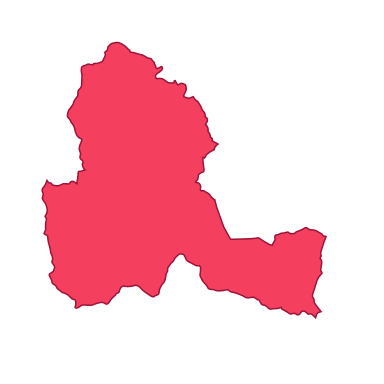 Don Duong, Lâm Đồng, Vietnam (Mercator projection), rotated 100°
{"feature_id": "81297802B74216529473028", "entity_name": "Don Duong", "entity_type": "district", "adm_level": 2, "iso_a3": "VNM", "parent_name": "Vietnam", "parent_adm1": "Lâm Đồng", "projection": "mercator", "projection_center": [108.553, 11.806], "detail": "fine", "context": "isolated", "style": "filled", "palette": "rose", "viewbox_px": 384, "rotation_deg": 100, "n_neighbors": 0, "source": "geoboundaries", "source_scale": "gbopen_adm2", "svg_char_len": 5999}
<svg xmlns="http://www.w3.org/2000/svg" viewBox="0 0 384 384"><g transform="rotate(100 192 192)"><path d="M294.4,48.5L291.0,48.0L290.0,47.7L289.1,47.0L288.5,46.3L287.4,44.1L283.4,48.7L279.9,52.3L276.4,53.3L275.6,53.9L274.8,54.7L274.0,55.2L272.8,55.4L271.5,55.4L265.3,54.5L257.6,53.6L253.7,52.4L249.6,50.0L249.0,50.0L248.5,50.2L247.4,51.3L245.6,51.8L239.5,51.9L237.5,52.3L236.4,53.0L235.4,54.3L234.3,54.2L233.0,53.7L232.3,53.7L230.1,54.7L227.9,54.6L218.7,53.4L212.6,52.2L212.4,53.0L212.6,54.8L210.7,57.1L208.5,63.3L208.3,66.0L208.7,68.9L208.6,69.8L208.2,70.9L207.4,72.5L207.3,73.5L207.9,74.9L209.8,76.9L213.3,82.6L214.6,83.5L215.2,84.4L215.6,85.5L215.9,87.9L215.6,88.9L215.1,89.8L214.9,90.5L215.0,91.3L216.5,94.6L217.1,97.0L219.1,99.8L219.7,101.7L220.5,102.5L221.7,102.7L223.8,102.0L225.1,102.0L228.9,103.4L229.8,103.7L230.6,103.7L230.3,106.5L228.1,112.6L225.7,118.1L225.6,118.7L227.1,123.3L228.3,128.3L231.7,144.7L231.6,146.1L221.2,154.5L203.2,164.8L195.6,168.3L195.9,168.7L193.1,172.7L191.4,174.2L190.3,176.3L189.9,177.7L188.7,180.5L188.8,181.7L189.2,182.9L189.1,183.7L188.5,184.1L185.1,184.4L183.1,185.5L182.1,186.7L181.8,190.2L180.8,189.8L178.8,188.6L177.7,188.5L174.1,188.6L172.7,187.8L171.4,186.4L170.5,184.7L169.8,184.1L168.4,183.9L159.7,186.6L156.0,187.2L156.4,185.8L154.9,184.8L153.1,184.6L149.6,181.5L146.3,177.4L145.8,177.5L143.9,177.2L141.3,175.7L140.3,174.7L138.0,181.2L137.1,181.0L135.8,181.4L134.8,183.0L134.2,183.5L132.4,184.2L131.0,185.2L129.4,186.8L127.1,187.1L126.2,187.5L124.2,188.9L123.6,189.8L123.6,190.3L122.6,190.3L119.8,189.2L118.0,189.4L117.2,189.7L116.3,190.6L115.7,191.9L113.3,192.6L112.1,193.3L111.2,194.1L109.4,196.2L106.3,198.0L102.3,201.6L101.6,202.7L100.5,204.9L97.9,207.4L100.3,211.2L100.0,214.4L99.6,216.6L98.0,216.9L94.0,215.7L91.9,215.5L91.2,215.6L88.1,216.7L87.5,217.2L86.8,220.2L86.7,221.1L87.2,222.3L88.8,224.0L88.9,224.6L88.1,225.7L85.2,227.9L85.3,228.2L86.0,228.9L87.9,228.8L88.5,234.1L88.3,234.9L86.1,239.4L85.7,240.7L85.6,242.3L85.9,244.3L86.6,246.3L85.0,248.0L83.7,248.2L82.3,247.5L80.9,246.4L79.0,244.4L77.2,243.1L76.3,242.6L75.1,242.6L73.8,243.4L73.9,244.2L75.7,246.3L76.3,247.5L76.3,248.5L76.1,249.0L75.7,249.3L74.3,249.6L72.4,251.3L71.1,251.5L70.3,252.8L67.8,255.6L67.7,258.8L65.5,264.9L65.6,267.2L64.9,273.3L64.9,277.1L64.7,277.4L63.4,277.8L62.2,280.0L60.2,282.8L59.4,284.4L58.1,287.8L57.6,290.5L57.9,292.4L59.3,296.2L60.8,298.1L63.6,299.9L66.3,300.0L67.3,300.2L69.3,302.0L69.8,302.1L71.3,301.3L73.0,301.2L78.6,302.7L79.3,303.2L81.7,307.3L82.5,311.0L82.9,311.3L83.6,311.4L83.9,311.8L84.1,314.0L84.0,315.7L84.3,317.1L86.0,319.2L86.7,320.8L87.4,321.8L87.9,322.2L88.8,322.4L91.2,322.2L92.5,321.9L95.6,320.8L97.2,320.4L106.0,319.3L107.6,319.3L109.7,320.3L110.9,321.2L112.0,321.7L113.3,321.7L116.2,321.3L117.5,321.3L121.1,323.2L123.6,324.1L126.1,324.3L126.9,324.6L129.4,325.9L130.8,326.4L131.3,326.9L132.7,327.6L136.0,328.1L138.3,328.0L139.5,327.6L140.2,327.0L141.0,325.9L142.4,324.4L144.2,323.2L146.5,320.8L147.7,319.8L149.0,319.0L153.2,317.2L156.4,315.1L157.7,313.4L158.3,312.3L159.1,309.9L159.7,309.5L160.8,309.6L165.5,310.6L168.4,310.7L169.5,310.5L173.4,308.4L177.4,308.4L178.0,308.1L179.2,307.0L179.6,306.4L179.9,305.4L180.5,304.8L181.6,304.5L183.7,304.8L185.0,304.5L187.5,302.9L188.9,301.2L191.0,305.3L191.4,307.0L192.0,307.4L193.4,307.5L195.3,307.0L197.1,307.2L198.5,306.8L200.8,307.1L203.8,306.6L202.3,310.3L202.2,311.9L202.4,312.3L203.2,313.3L204.9,314.1L205.5,314.8L205.9,318.5L206.2,320.1L208.8,324.1L209.4,326.5L209.4,330.3L208.7,331.3L207.9,332.0L207.7,332.9L207.7,334.2L207.6,334.9L207.0,335.6L205.8,336.8L209.6,337.5L211.5,338.2L214.6,339.8L216.1,339.9L217.0,339.7L219.1,338.5L220.1,338.1L224.3,338.3L226.2,337.0L227.7,335.2L229.7,333.7L231.9,332.5L234.3,331.5L237.2,331.3L238.5,331.5L241.2,332.4L241.7,332.4L243.0,331.1L244.3,330.6L248.2,330.7L254.9,329.6L258.4,330.5L258.8,330.2L259.2,329.6L259.9,327.2L260.3,326.7L260.7,326.5L265.9,324.9L272.4,321.9L276.5,320.5L279.2,318.6L282.2,317.6L283.0,317.6L284.4,317.9L285.9,317.5L288.5,314.9L289.4,314.4L290.1,314.2L293.9,314.7L294.5,315.0L297.1,317.8L297.7,318.2L298.7,318.1L299.6,317.7L302.9,315.1L305.5,314.1L306.1,313.6L306.7,312.7L307.6,310.4L308.1,309.8L310.4,308.0L313.5,302.3L313.9,299.1L314.9,296.3L318.2,291.4L318.5,288.7L318.8,288.1L319.4,287.8L321.8,287.1L323.0,286.9L326.0,287.1L326.4,286.5L326.4,285.8L325.6,284.0L323.0,281.3L322.5,280.6L322.1,279.3L321.3,273.0L320.7,270.8L317.9,265.8L316.6,262.6L316.3,261.5L316.4,260.5L316.5,259.4L317.3,257.4L317.2,256.6L316.8,255.7L316.2,255.2L315.0,254.5L311.3,252.8L308.6,250.9L307.1,249.6L305.6,249.1L305.1,248.8L303.8,246.8L303.3,246.5L300.6,246.2L298.4,245.3L297.6,244.8L297.0,244.1L296.4,243.0L296.4,239.2L295.4,235.5L294.9,234.1L293.8,231.9L293.6,231.1L293.8,228.8L294.3,227.7L297.5,223.1L298.8,220.6L301.4,214.9L301.8,213.7L302.0,211.8L301.6,211.2L300.5,210.3L298.9,207.6L298.3,207.2L297.4,207.0L293.7,207.1L288.5,205.6L285.9,204.0L283.8,203.3L282.8,203.2L276.9,203.2L274.7,202.4L273.9,202.3L271.9,202.7L270.5,202.5L265.6,200.2L264.9,199.5L263.1,198.3L260.3,197.4L259.3,196.8L256.1,194.5L255.2,193.4L254.9,192.4L254.9,190.0L255.5,188.7L259.8,185.8L260.9,184.3L261.6,182.2L262.2,179.8L262.8,178.4L263.7,175.6L263.8,173.8L263.3,172.3L264.1,170.7L264.6,170.5L268.7,169.9L272.4,169.7L273.8,169.1L275.8,167.4L276.6,167.1L277.9,166.0L281.4,161.5L284.0,159.3L284.3,158.8L284.6,157.8L284.6,156.3L284.4,153.4L284.9,151.0L284.8,148.9L283.5,143.7L282.0,140.3L282.6,138.5L283.6,136.5L283.8,131.6L284.2,129.3L285.2,124.6L286.6,120.2L286.4,117.8L285.1,114.4L285.0,112.8L285.3,111.7L286.6,109.1L286.7,107.5L286.8,107.1L290.2,104.3L290.7,103.7L290.9,103.0L291.0,100.4L291.4,99.2L292.0,98.1L293.5,96.1L293.8,94.6L293.0,92.3L291.8,87.3L290.1,84.1L291.2,83.6L291.8,82.9L293.2,78.6L295.0,74.4L294.9,72.9L294.0,71.3L293.7,70.0L293.8,69.1L294.6,67.3L294.6,66.6L294.2,65.3L293.3,64.6L290.8,63.3L290.3,62.8L290.1,62.3L289.9,60.5L290.2,59.6L292.2,56.3L291.5,55.1L291.4,53.5L291.7,52.5L294.4,48.5Z" fill="#f43f5e" stroke="#9f1239" stroke-width="1.5"/></g></svg>